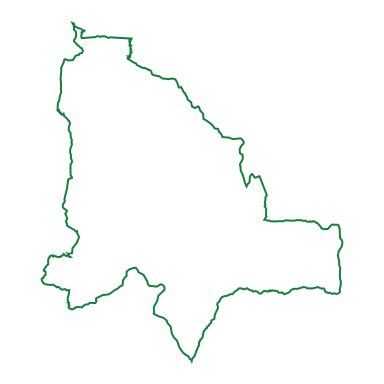 La Calera, Cundinamarca, Colombia
{"feature_id": "7082276B16624881870265", "entity_name": "La Calera", "entity_type": "district", "adm_level": 2, "iso_a3": "COL", "parent_name": "Colombia", "parent_adm1": "Cundinamarca", "projection": "natural_earth1", "projection_center": [-73.929, 4.707], "detail": "fine", "context": "isolated", "style": "outline", "palette": "green", "viewbox_px": 384, "rotation_deg": 0, "n_neighbors": 0, "source": "geoboundaries", "source_scale": "gbopen_adm2", "svg_char_len": 5829}
<svg xmlns="http://www.w3.org/2000/svg" viewBox="0 0 384 384"><path d="M332.2,224.6L330.9,225.5L327.7,229.0L324.6,229.2L321.5,228.4L320.7,226.8L317.5,223.1L315.5,222.3L314.2,221.3L313.2,221.2L311.8,221.8L310.3,221.3L309.5,221.8L307.2,221.7L305.3,220.6L303.4,220.8L299.4,220.0L298.0,220.4L296.6,220.0L295.4,220.5L291.8,220.7L285.6,220.3L283.3,221.2L277.6,221.2L275.7,221.5L270.4,221.2L269.3,220.6L267.2,220.6L265.3,219.5L264.5,219.7L264.9,218.5L266.5,216.6L266.0,215.8L266.2,209.1L265.6,207.7L264.6,206.5L265.5,205.1L264.9,203.6L265.0,201.5L265.5,200.1L265.3,197.4L266.9,195.3L259.6,176.5L259.0,176.2L256.2,177.4L254.7,177.6L253.0,175.0L251.9,174.0L250.5,175.6L249.9,177.0L249.6,179.4L249.7,181.3L249.4,182.4L247.7,184.1L246.6,186.4L244.9,182.7L242.9,175.3L240.7,170.6L240.5,166.8L239.9,164.3L242.8,159.0L242.7,155.1L242.1,154.3L241.1,154.2L240.0,153.1L239.6,150.1L239.9,148.7L241.4,145.6L243.2,144.0L243.8,142.8L243.5,141.1L242.5,140.4L241.9,139.2L241.2,138.6L239.8,138.4L233.4,139.1L231.0,138.5L229.1,137.6L222.4,137.1L221.4,134.3L219.1,131.9L218.0,128.9L214.6,128.4L212.7,125.5L210.9,123.8L205.4,119.8L203.6,119.1L203.2,115.9L203.3,114.0L200.3,110.7L198.9,107.0L198.1,106.4L194.8,108.0L192.1,106.6L191.1,102.3L187.6,99.5L187.1,97.1L185.4,94.6L185.4,93.5L183.8,92.3L181.2,87.1L179.5,87.6L178.6,87.3L178.5,86.1L176.7,81.5L175.3,79.4L172.5,78.5L168.5,79.1L162.4,78.5L159.2,76.2L157.2,76.1L155.1,75.3L153.8,75.4L151.8,73.8L151.4,71.7L150.2,70.3L148.0,69.7L147.5,69.0L146.8,69.0L144.8,67.9L143.2,68.2L141.7,67.3L140.5,67.2L139.5,66.2L137.1,65.2L136.0,63.4L133.8,62.6L127.6,58.6L127.7,58.3L128.6,58.1L127.9,56.5L129.2,56.9L129.5,57.4L129.9,57.2L130.0,56.0L129.5,55.2L129.9,54.5L129.5,54.1L130.4,54.4L130.3,53.0L130.9,53.3L131.5,52.5L131.4,51.1L130.3,50.2L131.0,48.7L130.4,48.3L129.9,48.8L130.6,47.5L130.3,46.6L131.0,45.6L129.7,45.2L130.4,44.4L129.7,43.5L130.2,42.0L129.4,41.9L129.3,41.0L130.2,40.1L129.3,39.2L131.3,39.6L131.6,38.6L109.9,37.3L108.5,38.0L106.3,36.8L103.7,36.1L100.6,36.8L97.4,36.1L95.5,37.1L81.7,38.1L81.2,35.7L81.9,33.7L81.5,32.4L82.3,31.8L83.6,31.6L84.5,30.6L82.4,30.0L81.0,28.8L78.3,28.1L75.2,26.6L74.5,25.7L74.0,23.7L72.5,23.0L73.8,25.6L74.0,29.5L75.8,31.6L76.1,33.0L76.0,36.5L75.1,38.9L74.0,40.1L73.9,41.1L77.9,45.4L79.4,46.4L80.4,47.7L81.9,48.4L83.0,51.2L81.8,53.1L79.9,53.4L78.6,55.1L76.6,55.3L75.1,56.4L73.0,60.0L68.8,60.5L64.9,59.2L64.2,59.9L64.0,61.4L61.1,68.2L61.3,70.8L60.6,78.3L61.0,83.7L61.1,92.5L59.9,96.2L59.1,100.8L57.9,102.9L57.5,110.3L58.4,111.5L58.1,109.6L58.8,109.7L59.3,112.4L60.3,113.3L60.7,112.8L61.6,114.6L63.5,113.6L63.7,115.4L64.0,115.3L64.3,116.1L67.7,119.4L68.3,120.6L69.3,121.1L69.9,124.3L69.0,126.4L68.7,129.6L69.3,131.3L70.5,132.7L70.7,137.1L71.9,140.2L71.3,142.6L71.9,143.4L71.9,144.6L70.2,149.5L70.1,152.5L71.1,155.6L71.0,158.2L72.2,161.7L70.7,164.2L70.5,165.1L70.5,173.3L70.7,175.2L71.8,177.2L71.9,178.0L69.2,178.8L68.2,179.6L66.9,188.9L64.4,199.2L64.8,201.2L64.3,202.5L62.9,204.2L62.8,207.0L63.8,208.5L66.8,210.3L66.8,211.5L65.5,213.2L65.4,214.1L66.6,216.4L67.1,218.6L65.9,221.6L66.9,223.6L67.1,225.5L67.6,226.1L74.1,229.8L75.9,231.5L77.1,231.1L77.2,233.2L78.9,236.6L78.9,237.3L78.3,239.4L76.6,243.1L72.5,248.2L72.1,253.0L68.2,254.1L67.9,253.9L68.8,256.0L70.3,256.9L69.4,257.0L68.2,255.5L66.0,256.0L63.7,253.9L62.5,255.7L61.5,255.7L60.4,257.0L57.4,256.9L53.2,255.5L53.0,256.4L51.8,255.6L50.8,255.6L49.5,256.8L48.2,259.3L48.2,264.5L46.6,265.6L46.2,266.6L44.8,268.0L43.9,270.0L43.9,270.8L45.5,271.4L45.6,275.0L44.0,276.2L43.4,277.2L43.4,278.0L42.1,278.3L41.6,279.4L41.8,280.6L42.6,281.4L43.0,282.8L45.1,284.2L50.2,285.0L52.9,284.7L54.1,285.2L56.8,287.2L58.7,287.0L60.4,288.7L62.1,289.7L65.2,289.1L66.7,290.4L69.2,290.1L68.6,295.5L67.9,296.9L67.6,299.6L68.3,300.9L67.7,302.3L69.1,302.9L69.0,303.7L68.5,304.5L69.4,305.8L68.7,306.7L68.6,307.7L69.1,308.3L70.9,308.8L71.4,309.3L72.5,309.4L76.6,307.0L82.2,307.3L83.6,305.6L85.7,304.6L88.3,304.2L89.6,302.8L95.3,303.1L96.5,301.2L95.8,299.5L96.1,298.5L96.7,298.0L102.7,295.1L108.3,294.4L110.2,293.5L114.9,290.0L117.4,288.8L120.3,286.3L122.6,285.2L123.0,280.3L125.3,277.0L126.6,275.9L126.6,271.7L129.0,269.6L132.9,268.2L135.7,267.7L138.0,270.6L138.5,272.2L143.5,274.9L147.1,281.0L148.2,284.7L149.4,285.8L156.8,286.6L160.7,284.3L162.4,284.8L164.2,286.5L164.6,288.4L164.2,290.2L158.4,295.6L157.1,301.2L154.1,306.4L153.8,307.5L154.0,312.6L153.7,313.7L158.6,316.3L163.6,317.9L166.6,320.4L167.7,323.3L170.6,326.5L171.9,333.7L173.9,337.5L177.0,340.6L179.4,347.4L182.9,352.5L186.4,355.4L188.2,356.1L189.7,358.9L191.1,359.7L191.7,361.0L192.4,358.2L194.4,356.6L194.5,355.3L195.6,353.6L195.9,351.7L196.7,350.5L198.2,346.5L198.9,345.5L199.0,342.3L199.9,341.3L200.1,340.1L201.7,338.7L202.6,337.1L203.7,331.1L205.0,330.1L205.7,328.7L206.9,328.0L207.1,326.7L208.7,325.9L209.6,324.1L211.1,322.7L211.4,320.5L214.4,318.8L214.8,314.7L217.9,308.3L218.0,306.8L217.2,304.6L217.5,303.2L219.3,301.6L220.6,298.7L221.9,297.2L224.2,296.2L226.7,295.9L230.5,294.2L232.5,294.2L234.8,291.5L237.5,290.0L238.4,288.6L240.4,288.2L244.2,289.4L246.9,288.2L250.2,290.3L252.3,290.6L253.1,291.7L255.3,291.1L256.8,291.4L259.4,293.5L261.4,293.4L263.1,291.5L264.2,290.9L266.0,291.0L267.7,291.7L269.6,290.3L270.4,291.2L272.2,290.3L272.9,290.7L274.8,290.6L276.7,291.0L279.0,292.7L282.4,292.5L283.8,293.9L284.6,294.2L288.4,292.7L289.9,291.6L290.8,290.2L293.6,288.8L297.7,288.8L303.3,287.1L304.9,287.2L308.7,288.6L309.8,288.2L311.7,288.6L317.8,287.1L322.0,288.7L323.6,288.4L324.5,289.3L325.1,291.5L328.0,293.0L329.9,292.7L331.5,293.7L332.5,293.8L333.9,293.3L336.1,293.9L337.6,293.8L339.0,293.0L340.0,291.8L339.7,289.4L340.6,285.7L340.9,281.5L340.1,279.2L339.8,275.7L340.2,268.3L339.1,264.3L339.2,261.7L337.8,254.9L338.3,253.8L338.6,251.5L341.7,246.5L342.4,243.2L342.1,240.7L340.0,237.9L339.7,228.8L338.5,225.2L337.7,224.8L332.2,224.6Z" fill="none" stroke="#15803d" stroke-width="2"/></svg>